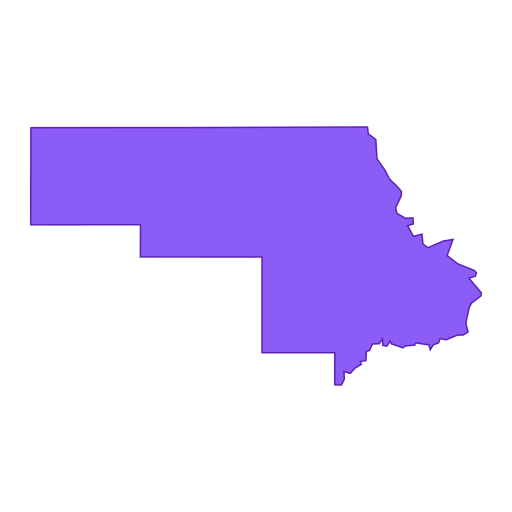 Morton, North Dakota, United States of America (Natural Earth projection)
{"feature_id": "52423323B52264110855151", "entity_name": "Morton", "entity_type": "district", "adm_level": 2, "iso_a3": "USA", "parent_name": "United States of America", "parent_adm1": "North Dakota", "projection": "natural_earth1", "projection_center": [-100.923, 46.634], "detail": "fine", "context": "isolated", "style": "filled", "palette": "violet", "viewbox_px": 512, "rotation_deg": 0, "n_neighbors": 0, "source": "geoboundaries", "source_scale": "gbopen_adm2", "svg_char_len": 1028}
<svg xmlns="http://www.w3.org/2000/svg" viewBox="0 0 512 512"><path d="M30.7,224.8L140.5,224.7L140.4,256.9L262.0,257.0L262.0,352.7L334.8,352.7L334.8,384.8L341.4,385.0L344.3,379.2L344.0,371.6L350.3,373.4L354.9,368.2L361.3,364.3L360.3,361.5L365.9,360.6L366.4,351.4L369.5,350.4L372.5,344.0L379.3,343.7L382.5,338.8L382.9,345.5L386.8,346.2L390.2,341.1L391.5,343.9L402.8,347.8L405.5,345.9L414.6,345.2L415.9,342.9L429.0,344.9L430.2,349.7L433.3,344.8L438.5,342.9L440.1,338.6L446.1,339.8L457.4,335.1L463.3,335.0L468.1,331.9L465.8,323.2L469.1,307.9L471.4,303.2L480.9,295.9L481.3,292.8L468.9,278.1L475.2,276.3L476.5,272.8L474.4,270.5L457.8,263.8L447.1,255.6L453.0,239.4L443.1,241.1L427.9,247.7L422.9,244.0L422.0,234.1L413.4,236.4L407.6,225.6L413.3,224.0L413.0,217.9L405.4,218.3L396.9,213.3L395.6,207.8L401.3,195.8L401.5,191.6L397.1,186.4L390.0,179.6L389.2,178.4L385.1,170.4L377.0,158.9L375.8,139.6L368.3,133.8L367.5,127.0L182.2,127.6L127.4,127.6L31.1,127.7L30.9,127.9L30.7,224.8Z" fill="#8b5cf6" stroke="#5b21b6" stroke-width="1.5"/></svg>